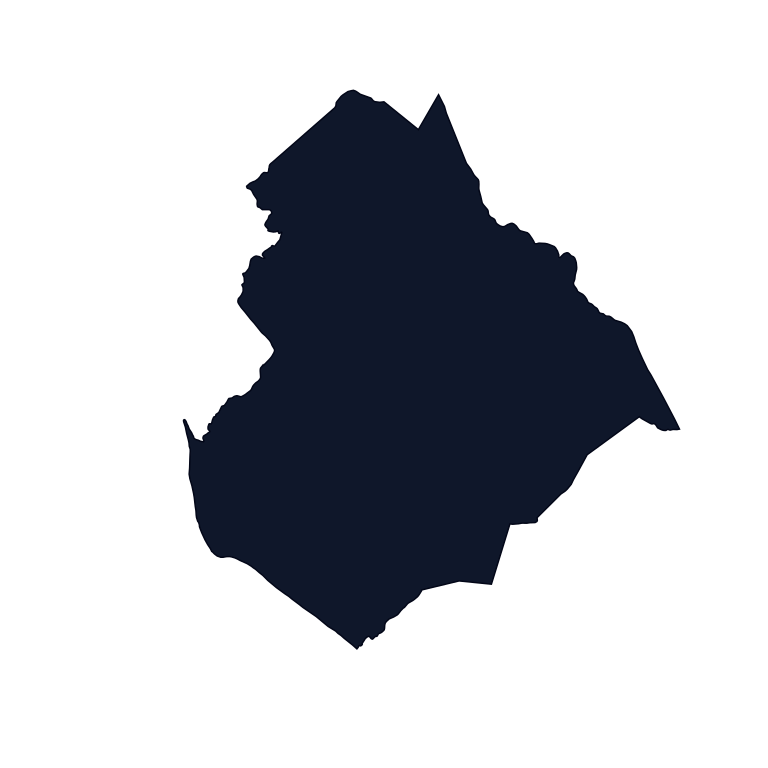 Jutiapa, Atlántida, Honduras, rotated 226°
{"feature_id": "27666195B3977655085649", "entity_name": "Jutiapa", "entity_type": "district", "adm_level": 2, "iso_a3": "HND", "parent_name": "Honduras", "parent_adm1": "Atlántida", "projection": "robinson", "projection_center": [-86.444, 15.694], "detail": "fine", "context": "isolated", "style": "filled", "palette": "ink", "viewbox_px": 768, "rotation_deg": 226, "n_neighbors": 0, "source": "geoboundaries", "source_scale": "gbopen_adm2", "svg_char_len": 6171}
<svg xmlns="http://www.w3.org/2000/svg" viewBox="0 0 768 768"><g transform="rotate(226 384 384)"><path d="M146.3,565.2L156.8,568.6L179.6,575.3L205.0,582.3L211.2,583.6L223.1,587.6L231.6,590.7L238.5,593.6L244.6,596.6L249.7,598.6L257.0,599.5L260.2,598.9L263.7,597.6L269.4,594.4L270.3,594.2L274.2,593.8L275.5,593.4L276.4,593.0L278.3,591.2L279.3,590.7L282.1,590.5L284.7,588.7L285.6,588.5L286.5,588.6L288.9,589.4L290.2,589.7L291.6,589.5L293.5,589.0L296.3,589.0L297.5,588.8L299.4,587.9L300.3,587.6L301.3,587.6L304.1,588.7L306.8,589.2L308.7,589.3L310.5,589.2L314.3,588.0L316.1,587.6L318.1,588.4L319.4,588.7L322.8,589.1L323.9,589.6L324.8,590.2L325.5,591.1L326.0,592.4L327.0,594.2L329.6,597.3L332.6,602.1L333.9,603.5L337.6,606.5L339.2,607.4L341.9,608.6L343.8,608.7L346.2,607.7L349.3,607.7L350.6,607.4L351.6,606.4L352.3,604.9L352.7,603.6L352.7,600.3L352.6,598.8L352.9,598.2L353.6,598.0L354.5,598.4L355.4,599.4L359.0,601.1L362.9,602.0L364.7,601.9L369.4,599.8L371.2,598.9L373.1,597.6L377.6,593.4L378.1,592.6L378.9,591.1L380.1,590.1L380.7,590.0L382.6,590.8L386.1,591.6L391.1,592.4L393.2,592.2L399.5,588.5L400.6,588.3L401.8,588.3L405.7,588.9L408.1,588.7L409.0,588.5L410.6,587.8L411.4,586.8L412.8,583.6L413.3,581.0L413.8,579.7L414.8,578.6L416.8,577.4L419.0,576.8L420.9,576.5L422.2,576.6L425.1,577.8L426.5,577.8L430.0,576.7L431.6,576.7L433.0,576.9L433.9,577.4L436.2,579.1L437.5,579.6L443.9,580.0L446.0,580.4L451.9,584.0L457.4,587.0L459.0,588.2L461.7,591.0L464.0,593.0L465.4,593.7L466.9,593.8L470.2,593.8L472.2,594.0L478.4,595.7L485.5,596.6L535.6,617.0L541.7,620.3L554.2,624.2L543.1,585.4L587.0,580.0L589.6,576.6L593.5,573.5L595.2,573.0L597.1,573.2L598.8,573.2L608.9,568.2L612.5,567.5L614.5,567.0L616.5,566.0L617.7,564.2L619.4,561.2L620.5,555.4L620.7,553.0L619.9,546.6L619.5,545.0L617.5,542.6L616.9,540.6L621.0,458.0L621.2,455.7L621.1,454.3L620.5,452.9L619.7,452.1L618.7,450.5L617.1,448.6L616.9,447.8L617.0,447.0L617.3,446.5L619.3,444.8L619.7,444.1L619.8,442.0L619.6,440.4L619.2,439.1L619.0,435.8L619.4,432.5L620.5,430.0L621.5,427.0L621.7,422.6L621.3,422.2L619.8,421.7L617.3,423.0L615.3,423.3L610.9,421.9L605.0,420.9L603.7,420.1L601.6,417.7L599.9,416.5L599.1,416.3L597.0,417.3L593.9,417.6L589.2,422.5L588.2,423.0L586.8,423.0L585.9,422.7L584.6,421.6L584.8,418.2L583.2,415.3L582.8,413.6L582.7,412.6L582.2,410.8L581.5,409.2L580.9,408.7L579.7,408.4L576.0,408.3L575.5,408.0L575.3,407.4L574.9,407.1L574.2,407.3L573.4,407.7L570.2,410.0L568.9,411.6L567.6,414.1L567.3,414.1L566.8,413.6L566.1,413.3L565.4,413.1L565.2,413.2L564.9,413.6L564.5,415.6L564.3,415.8L564.1,415.8L562.7,413.8L561.7,412.0L560.1,409.3L559.8,406.1L559.1,401.8L559.2,401.2L559.5,400.6L560.9,400.1L561.3,399.5L561.3,398.9L560.9,398.1L560.9,397.5L561.2,396.4L561.6,393.6L562.3,390.4L562.3,388.5L562.2,387.7L561.9,386.8L561.0,386.0L558.1,385.9L557.6,385.8L557.4,385.6L558.0,384.8L559.3,383.7L562.2,382.8L564.9,380.9L565.5,379.7L565.9,378.3L566.1,375.2L565.1,373.2L562.5,369.7L561.0,367.1L560.4,363.1L560.3,362.0L560.4,361.2L561.3,359.6L561.3,358.9L560.7,358.5L557.8,357.4L554.3,354.4L553.9,353.7L554.1,351.1L554.0,350.6L551.2,349.6L548.6,347.1L548.0,345.8L547.0,343.0L546.6,340.4L546.6,338.8L546.4,338.4L545.6,337.0L544.5,335.9L543.6,335.5L542.5,335.2L538.2,334.4L532.1,334.0L523.3,333.1L517.9,332.9L506.4,331.8L504.9,331.8L501.0,332.2L495.0,332.0L492.7,331.6L489.4,330.3L485.4,329.4L484.4,328.8L483.7,328.1L482.9,326.3L481.8,322.5L481.5,320.6L481.3,318.2L481.1,311.4L481.3,309.1L481.6,309.4L481.2,306.3L480.7,305.4L479.5,304.1L475.2,300.5L474.4,299.7L474.0,299.1L473.6,297.6L473.4,295.8L473.9,292.4L473.8,289.7L473.5,288.0L472.3,285.0L472.0,283.5L472.9,276.3L473.8,272.9L474.5,272.0L477.3,270.4L478.1,269.6L479.1,267.7L479.5,265.0L481.3,262.4L481.2,261.5L480.2,258.6L479.5,254.7L479.6,253.9L480.5,252.2L480.6,251.6L478.3,245.5L478.4,244.4L478.8,242.0L477.9,240.7L477.8,240.3L478.5,238.5L477.4,235.8L475.7,233.1L475.4,232.4L475.5,231.9L476.6,230.9L476.8,230.5L476.7,230.0L475.4,227.6L473.9,226.2L473.3,226.0L471.2,226.0L470.7,225.6L470.6,224.9L471.0,223.9L471.1,221.6L471.8,218.9L471.9,217.9L471.5,217.1L470.9,216.2L468.3,215.0L467.9,214.6L467.8,214.1L468.0,213.8L470.3,212.2L472.5,211.4L475.1,209.9L476.8,209.7L477.5,209.8L478.8,210.6L480.2,210.9L482.7,211.8L486.9,212.6L490.3,214.1L491.7,214.4L494.8,215.7L496.7,215.9L497.2,215.4L497.2,214.7L496.8,214.2L495.9,213.6L491.0,211.2L485.5,207.7L479.8,204.5L477.2,202.9L474.4,200.6L471.7,199.3L470.0,197.7L467.8,195.3L458.6,185.8L454.5,181.2L450.6,178.5L444.3,175.2L437.4,170.9L434.2,168.7L426.9,163.1L423.6,160.8L420.2,157.9L418.2,156.4L414.8,154.7L413.0,154.4L410.9,153.3L409.9,152.4L409.1,151.9L403.7,149.6L396.2,147.0L390.9,145.6L386.0,144.7L383.3,143.8L382.1,144.0L379.6,144.0L376.2,144.5L372.8,146.2L371.1,148.0L369.3,150.7L367.1,153.1L365.6,154.2L362.4,156.0L359.9,157.0L357.0,157.9L349.8,160.8L345.0,162.0L342.6,162.3L339.9,162.9L334.9,163.3L330.5,163.9L323.4,164.0L312.2,165.2L301.8,167.0L297.3,168.0L293.4,168.4L284.8,169.8L279.5,170.5L263.8,173.7L248.4,175.4L239.8,177.6L236.5,177.7L233.0,178.4L228.7,178.7L218.0,180.1L212.3,180.5L212.5,182.3L213.1,184.2L212.8,184.7L211.9,185.2L211.7,185.7L211.6,186.8L211.8,187.5L212.3,187.7L212.7,188.7L213.4,191.8L213.7,193.0L213.9,193.6L213.7,196.4L213.2,197.6L212.4,198.1L209.8,197.9L209.0,198.1L208.4,198.6L208.4,199.5L208.5,202.1L207.7,203.3L207.4,204.1L208.1,206.1L208.1,206.8L207.3,208.7L207.0,209.9L206.9,212.8L207.2,213.7L207.9,214.7L210.1,217.1L211.1,218.7L211.5,220.6L211.4,224.6L209.7,229.1L208.7,233.2L208.7,234.6L209.3,238.6L209.4,242.0L209.1,243.6L209.6,248.3L209.5,249.5L208.3,254.1L208.0,256.2L207.7,260.3L207.9,262.1L208.4,264.3L209.2,267.4L209.7,268.0L190.2,301.2L165.4,322.2L195.9,377.4L193.8,379.1L190.0,383.7L188.1,386.6L184.7,390.0L182.9,392.5L179.4,396.4L178.9,398.2L179.0,398.9L179.3,399.5L181.5,401.3L182.0,434.8L181.1,440.2L181.1,442.9L181.8,449.0L183.6,453.8L186.3,462.8L192.0,481.0L183.1,545.1L182.2,545.0L179.6,545.5L170.4,548.3L169.1,549.0L168.0,550.7L167.3,551.0L165.6,551.1L162.4,550.4L159.6,551.3L157.7,552.1L156.3,553.0L155.2,554.0L154.7,554.7L154.6,555.7L154.2,556.5L153.7,557.0L152.7,557.4L152.0,557.9L150.6,560.3L147.7,563.1L146.3,565.2Z" fill="#0f172a" stroke="#020617" stroke-width="1.5"/></g></svg>